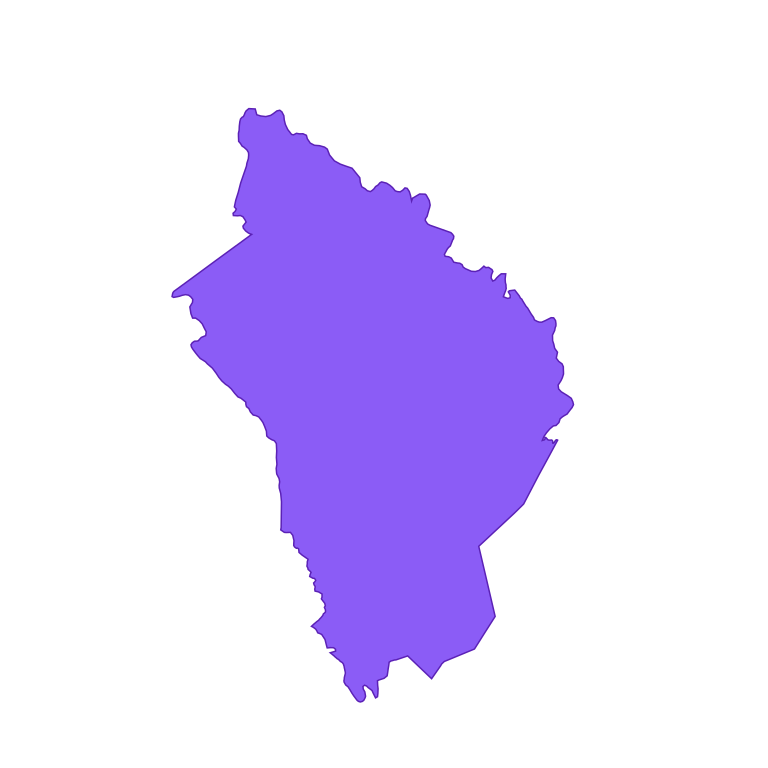 outline of Cosautlán de Carvajal, Veracruz, Mexico, rotated 255°
{"feature_id": "50627088B10662501501563", "entity_name": "Cosautlán de Carvajal", "entity_type": "district", "adm_level": 2, "iso_a3": "MEX", "parent_name": "Mexico", "parent_adm1": "Veracruz", "projection": "orthographic", "projection_center": [-96.973, 19.329], "detail": "fine", "context": "isolated", "style": "filled", "palette": "violet", "viewbox_px": 768, "rotation_deg": 255, "n_neighbors": 0, "source": "geoboundaries", "source_scale": "gbopen_adm2", "svg_char_len": 6140}
<svg xmlns="http://www.w3.org/2000/svg" viewBox="0 0 768 768"><g transform="rotate(255 384 384)"><path d="M678.7,317.4L678.4,316.0L677.1,314.0L674.6,312.6L670.6,311.0L666.5,309.7L663.9,308.3L660.8,307.5L658.1,306.9L656.0,306.4L653.5,307.6L650.5,308.5L648.8,310.1L645.5,312.2L642.6,313.0L640.1,312.5L636.8,311.3L632.7,308.7L630.0,307.5L615.3,297.6L606.8,292.8L599.9,288.4L593.8,285.3L591.2,286.6L589.2,284.8L588.0,282.4L585.7,282.1L584.4,286.0L583.9,288.9L582.1,291.0L578.7,292.2L576.1,292.7L574.3,290.3L573.0,288.6L570.9,288.5L567.6,290.0L565.3,291.8L564.1,293.0L562.8,294.9L546.8,253.6L534.1,221.1L527.9,205.1L527.0,203.9L525.8,203.1L523.3,201.9L522.1,203.2L521.8,207.0L521.7,209.2L521.9,212.0L521.7,215.4L520.4,218.2L518.4,219.8L515.3,221.2L512.3,220.1L511.0,218.7L508.7,216.4L501.8,215.7L497.2,216.2L496.4,219.1L493.0,222.0L489.1,224.0L483.9,225.0L480.4,225.8L476.9,224.3L476.3,219.6L474.9,217.4L473.8,215.7L473.9,214.1L474.4,212.0L473.5,209.5L471.9,207.7L469.7,207.6L466.9,208.4L462.2,210.3L459.5,211.5L456.2,213.1L454.1,215.1L451.7,217.3L449.2,218.6L443.8,222.3L437.8,224.7L433.2,226.2L429.0,228.1L424.8,230.8L422.3,233.0L418.8,235.2L413.6,237.4L409.3,239.6L407.4,242.0L404.8,244.0L402.3,245.8L400.0,245.3L397.7,245.3L395.3,247.1L391.7,247.7L387.9,249.6L386.6,252.1L384.6,254.5L380.6,256.2L378.1,257.1L374.0,257.7L368.9,258.2L365.7,257.6L364.1,257.3L361.8,258.7L359.2,261.2L357.5,263.5L354.3,264.6L347.0,263.0L340.8,261.0L334.2,259.8L330.3,258.0L326.3,257.3L324.8,257.1L319.8,258.2L316.5,257.9L313.3,256.5L310.6,255.9L305.0,255.9L296.8,254.5L272.0,247.5L269.8,246.5L266.5,249.3L265.8,251.2L265.3,253.5L264.9,255.2L261.4,256.7L259.7,256.6L256.0,256.5L253.4,255.6L252.7,255.4L251.4,255.0L249.8,255.4L248.0,256.8L247.9,257.9L247.0,258.8L244.9,258.6L243.3,258.3L242.3,259.0L239.8,260.7L234.4,265.3L232.2,263.9L230.1,263.3L228.0,262.4L226.0,262.8L224.5,262.7L222.9,263.8L221.0,264.8L219.0,263.3L217.3,262.4L214.8,265.0L214.2,266.5L212.8,267.1L211.9,267.2L210.9,266.0L210.0,264.5L208.1,264.5L206.3,265.1L205.5,264.9L203.8,264.0L201.8,263.8L200.1,267.0L197.2,269.8L194.0,268.9L192.7,267.9L190.9,268.6L187.5,270.0L184.9,269.9L183.7,268.6L181.1,269.0L179.0,268.5L178.2,267.3L177.7,266.0L176.2,264.9L174.5,262.5L173.7,261.1L172.7,259.7L171.8,257.4L171.1,256.0L170.5,254.6L168.7,251.2L167.4,252.6L166.1,253.7L164.7,254.7L162.6,255.3L160.8,255.6L159.5,257.5L158.2,259.0L155.8,259.8L152.5,260.9L146.6,260.8L143.8,260.8L143.5,262.2L143.3,263.7L142.6,266.1L142.4,266.9L141.5,267.7L140.3,268.5L138.5,268.1L138.3,262.5L136.3,264.0L134.8,265.0L134.2,265.5L133.4,265.9L131.7,267.1L130.7,267.7L129.9,268.6L129.0,269.2L128.1,269.6L127.2,270.2L126.5,270.9L125.7,271.6L124.8,272.0L123.8,272.3L122.9,272.3L121.8,272.4L120.8,272.3L119.8,272.2L118.8,272.2L117.8,272.1L116.8,272.1L114.8,271.9L113.8,271.4L112.9,270.9L111.1,269.9L110.5,269.6L109.2,269.2L107.8,268.5L106.4,268.3L103.2,269.1L100.8,270.9L97.0,272.1L93.7,273.0L90.5,274.1L85.5,276.1L84.1,277.1L83.0,278.8L83.0,280.9L83.7,282.6L85.3,284.1L86.5,285.0L87.2,285.4L91.6,285.8L94.7,285.0L97.3,285.4L98.1,287.2L96.8,289.0L94.9,290.1L93.1,291.5L91.0,293.1L88.4,293.5L83.0,294.6L83.6,296.8L86.7,298.0L91.2,299.4L94.6,299.9L99.1,300.9L99.4,302.6L99.7,307.9L101.3,311.5L101.5,311.6L104.2,312.8L108.0,314.4L110.6,315.6L114.0,317.0L114.2,317.8L114.4,318.3L114.7,319.2L114.6,319.7L114.7,323.2L114.5,323.8L114.4,323.9L115.2,336.5L87.0,353.7L97.1,365.7L98.7,367.3L100.4,370.5L100.7,373.1L104.6,402.8L117.7,417.0L130.7,431.2L167.7,432.4L202.7,433.5L214.9,456.5L225.4,476.3L231.9,487.8L256.2,510.1L270.8,524.0L284.8,537.2L285.4,536.6L285.5,535.9L285.2,535.2L284.6,534.4L283.8,533.7L283.3,533.0L283.0,532.3L283.1,531.8L283.8,531.7L284.6,532.1L285.4,532.1L286.1,531.8L286.5,531.5L286.7,530.4L286.9,529.4L287.3,528.4L287.8,527.8L288.7,527.4L290.5,526.4L290.6,525.8L289.8,525.4L289.0,525.1L288.6,524.6L288.5,523.8L288.5,522.3L291.9,524.9L294.8,528.3L297.8,532.7L299.7,536.8L299.4,539.4L301.5,543.0L304.8,545.1L306.1,547.8L306.8,550.0L307.6,553.1L309.2,555.1L310.9,557.3L312.5,559.5L315.0,561.7L317.9,561.8L321.7,561.2L325.1,558.4L330.6,553.2L334.0,551.4L337.9,551.9L339.5,553.7L341.5,555.9L343.9,557.9L347.2,560.0L350.1,560.7L351.5,561.0L354.3,561.7L357.4,561.2L360.6,558.6L364.4,557.1L369.8,559.8L374.3,558.1L378.6,558.3L382.2,558.1L387.6,559.4L391.5,562.7L394.2,564.0L395.6,565.1L397.7,565.7L400.9,566.1L404.0,565.0L404.8,562.6L403.5,556.3L402.9,552.4L403.5,550.2L404.8,548.2L407.0,545.9L409.6,545.7L413.7,544.2L420.2,542.4L422.3,541.3L426.0,540.2L428.7,539.4L430.2,539.1L431.7,538.0L434.0,537.5L436.2,536.6L440.9,534.6L441.2,532.4L441.6,529.2L440.8,527.9L437.2,528.9L434.7,528.2L434.6,525.8L435.6,524.3L437.4,521.9L439.8,523.5L442.8,525.7L444.7,526.8L446.3,527.0L448.1,527.5L450.6,527.5L454.1,528.2L458.9,530.1L460.1,525.8L458.8,522.9L457.4,520.4L455.6,517.9L455.3,515.7L458.7,514.9L461.7,516.1L464.6,518.3L466.6,517.9L468.0,516.6L469.6,515.2L470.1,512.4L472.0,511.0L470.8,508.8L470.0,507.2L469.1,505.2L469.0,501.4L470.3,497.5L474.5,492.3L476.5,490.7L479.1,490.3L481.0,488.5L481.9,486.2L483.6,482.9L488.2,481.6L490.2,479.4L491.5,476.1L493.6,475.9L497.9,480.0L499.1,481.6L500.2,483.8L505.5,487.7L506.3,488.7L508.7,489.7L511.1,488.9L511.5,488.6L512.9,487.8L525.6,469.3L527.4,467.5L531.2,466.2L532.9,466.8L534.8,469.0L538.7,471.3L540.9,472.6L542.4,473.6L544.9,474.9L546.4,475.0L549.5,475.2L555.6,473.7L556.7,472.9L558.3,467.6L556.4,460.9L556.2,459.8L553.6,458.0L559.6,458.4L563.5,458.2L567.0,457.0L568.0,455.0L566.3,452.2L565.4,449.3L566.4,446.7L567.7,444.8L571.5,443.1L574.3,441.2L577.3,438.5L579.8,434.1L579.5,432.3L577.7,429.6L576.9,427.0L575.1,424.8L574.0,422.6L573.4,420.6L575.0,417.9L577.6,416.2L580.3,413.5L584.9,413.3L589.5,414.0L600.7,409.0L604.5,403.3L607.7,398.7L612.4,393.8L619.2,390.7L625.6,390.0L628.2,387.9L630.9,383.4L632.6,378.6L635.8,375.1L640.7,373.4L644.3,373.4L646.7,370.5L647.5,367.1L648.8,364.3L648.1,361.1L649.0,359.3L654.7,356.9L660.2,355.9L664.8,356.0L669.1,356.7L673.3,355.8L675.4,354.2L675.5,351.2L673.7,346.8L672.8,344.0L672.9,339.1L674.8,334.3L677.0,330.8L683.0,330.8L685.0,324.7L683.5,321.5L682.0,320.0L680.3,318.8L678.7,317.4Z" fill="#8b5cf6" stroke="#5b21b6" stroke-width="1.5"/></g></svg>